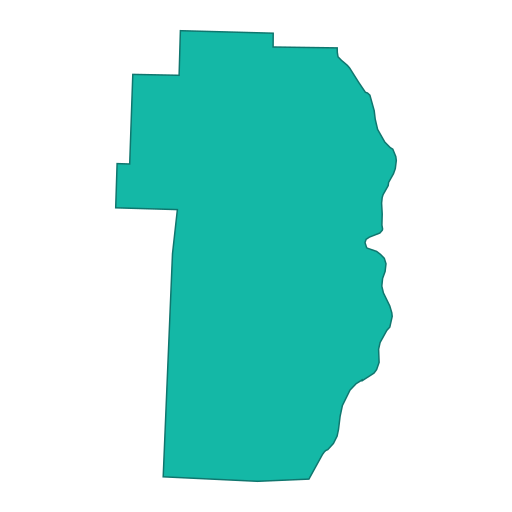 outline of Jefferson, Ohio, United States of America
{"feature_id": "52423323B31823357110320", "entity_name": "Jefferson", "entity_type": "district", "adm_level": 2, "iso_a3": "USA", "parent_name": "United States of America", "parent_adm1": "Ohio", "projection": "natural_earth1", "projection_center": [-80.666, 40.377], "detail": "fine", "context": "isolated", "style": "filled", "palette": "teal", "viewbox_px": 512, "rotation_deg": 0, "n_neighbors": 0, "source": "geoboundaries", "source_scale": "gbopen_adm2", "svg_char_len": 1101}
<svg xmlns="http://www.w3.org/2000/svg" viewBox="0 0 512 512"><path d="M163.2,476.8L257.6,481.3L308.9,479.1L322.5,454.4L324.4,451.8L325.8,450.5L326.0,450.4L327.8,449.6L333.4,443.5L337.1,436.1L338.5,429.4L340.1,416.3L342.4,405.5L350.0,390.1L356.1,383.7L362.1,379.9L362.2,380.7L374.0,373.1L376.6,369.6L379.1,362.4L378.6,349.2L380.1,342.5L386.8,330.4L389.8,327.1L392.2,316.4L391.8,312.8L389.8,306.0L383.4,292.9L381.8,286.1L382.6,278.4L385.1,271.5L386.0,263.8L384.3,258.3L380.5,254.4L376.6,251.4L367.3,248.2L366.6,247.6L365.0,242.6L366.1,239.3L368.1,238.0L369.4,237.1L379.9,233.0L382.3,230.2L382.6,229.0L381.9,225.1L382.2,214.1L381.6,203.1L382.2,197.5L383.1,194.6L388.2,185.6L388.6,182.4L393.5,173.7L395.3,168.6L396.3,160.5L395.8,156.6L392.8,149.2L390.1,147.5L384.8,142.1L377.6,129.4L375.2,119.1L374.2,110.7L369.9,95.2L367.5,93.0L365.4,92.3L358.7,82.4L349.7,68.1L347.4,65.4L341.4,60.3L338.0,56.8L337.3,52.3L337.2,47.9L273.1,47.0L273.2,33.2L180.4,30.7L179.1,75.3L132.8,74.4L129.7,164.0L117.1,163.6L115.7,207.8L177.4,209.6L172.5,253.7L163.2,476.8Z" fill="#14b8a6" stroke="#0f766e" stroke-width="1.5"/></svg>